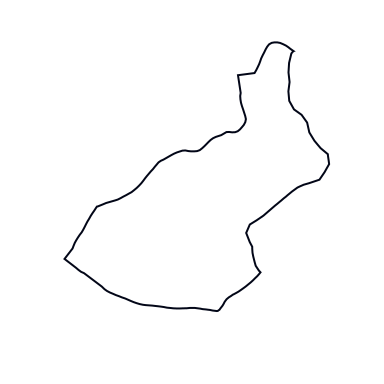 Yahr, Lahij, Yemen, rotated 344°
{"feature_id": "15242507B12651180402694", "entity_name": "Yahr", "entity_type": "district", "adm_level": 2, "iso_a3": "YEM", "parent_name": "Yemen", "parent_adm1": "Lahij", "projection": "robinson", "projection_center": [45.152, 13.723], "detail": "fine", "context": "isolated", "style": "outline", "palette": "ink", "viewbox_px": 384, "rotation_deg": 344, "n_neighbors": 0, "source": "geoboundaries", "source_scale": "gbopen_adm2", "svg_char_len": 2928}
<svg xmlns="http://www.w3.org/2000/svg" viewBox="0 0 384 384"><g transform="rotate(344 192 192)"><path d="M328.4,84.5L326.4,82.0L325.5,80.8L324.6,79.5L322.7,77.2L320.4,75.1L317.8,73.0L315.2,71.7L312.5,70.9L309.7,70.6L306.8,71.3L304.4,73.0L302.2,75.1L299.8,77.8L297.5,80.2L295.3,82.7L293.5,85.3L291.7,87.7L289.4,90.3L287.2,92.7L284.9,94.9L268.4,92.4L266.1,110.2L264.8,113.0L264.5,114.4L264.1,116.3L263.7,119.7L263.7,123.0L263.9,127.0L264.0,130.2L264.1,133.6L263.9,136.8L262.5,139.5L260.3,141.8L257.8,143.5L255.3,145.1L252.7,146.2L249.9,146.4L247.0,145.7L244.2,144.5L241.6,143.9L238.5,144.7L235.7,145.4L232.9,145.5L230.1,145.6L227.1,146.1L224.3,147.1L221.6,148.5L219.0,150.0L216.5,151.4L213.7,152.8L211.0,153.9L208.2,154.1L205.2,153.5L202.4,152.7L199.7,151.6L197.0,150.2L194.2,149.6L191.2,149.7L188.4,149.8L185.3,150.2L182.5,150.8L179.6,151.5L176.8,152.2L173.5,153.0L170.7,153.4L168.0,154.3L165.6,155.9L163.2,157.5L160.7,159.3L158.0,160.9L155.6,162.5L153.2,164.1L150.8,165.8L148.2,167.8L145.7,169.6L142.7,171.4L139.9,172.9L136.5,174.4L133.8,175.5L130.7,176.2L127.8,176.9L124.7,177.5L121.8,178.2L118.6,178.8L115.8,178.9L115.7,178.9L112.7,178.9L109.9,178.9L106.5,178.9L103.2,179.3L100.4,179.6L97.4,179.9L96.6,179.8L95.6,180.6L93.1,182.8L90.4,185.0L88.0,187.1L85.8,189.3L83.3,191.6L81.3,193.7L79.2,196.0L77.0,198.3L74.8,200.4L72.3,202.2L69.7,204.4L67.4,206.5L65.3,208.6L63.4,211.0L61.6,213.4L51.0,221.2L59.7,233.0L61.4,235.6L63.4,238.2L65.8,240.2L79.2,258.0L81.1,261.3L83.0,263.7L85.4,266.0L87.9,268.0L90.4,270.1L93.2,272.1L95.6,274.0L98.5,276.0L100.9,278.0L103.2,279.9L105.6,281.8L108.0,283.5L110.8,285.3L113.8,286.9L116.4,288.0L119.1,289.0L122.4,290.2L125.0,291.3L127.7,292.4L130.3,293.5L133.2,294.8L136.1,296.3L138.9,297.4L142.1,298.7L145.1,299.7L147.8,300.5L151.5,301.4L154.9,302.3L157.7,302.8L160.6,303.6L162.7,304.2L167.8,306.4L169.9,307.5L173.2,308.8L175.0,309.6L176.7,310.3L179.1,311.6L183.1,313.3L184.1,313.4L185.0,313.0L185.9,312.8L187.1,311.8L188.5,310.8L190.0,309.7L191.1,308.7L191.4,308.4L193.2,306.5L195.7,304.6L198.4,303.4L200.9,302.7L203.1,301.9L203.5,301.9L206.3,301.3L209.2,300.6L211.9,299.7L215.0,298.6L217.7,297.6L220.7,296.3L223.5,295.1L226.3,293.7L228.8,292.3L231.5,290.9L234.0,289.3L235.7,288.1L234.6,285.9L232.9,280.5L232.9,276.8L233.1,270.8L233.4,267.2L233.9,264.8L234.3,263.0L234.8,261.2L233.7,256.0L232.8,246.3L238.6,239.2L246.4,237.0L254.2,234.4L265.2,229.3L266.3,228.8L267.8,228.1L271.1,226.7L271.3,226.6L274.0,225.4L275.2,224.9L276.9,224.1L278.4,223.4L280.4,222.6L280.7,222.5L283.0,221.4L285.1,220.5L288.3,219.1L294.6,216.8L297.6,216.3L300.7,215.9L301.0,215.8L306.5,215.8L306.8,215.8L317.9,215.3L325.0,209.4L327.3,207.1L331.5,203.0L331.9,200.4L332.7,194.6L333.0,193.1L327.7,185.3L326.0,181.5L323.8,176.5L321.2,167.1L321.8,157.0L318.6,148.0L312.8,140.7L310.6,131.2L312.4,121.8L316.1,113.2L317.7,103.7L320.9,94.7L325.7,86.2L328.3,84.5L328.4,84.5Z" fill="none" stroke="#020617" stroke-width="2"/></g></svg>